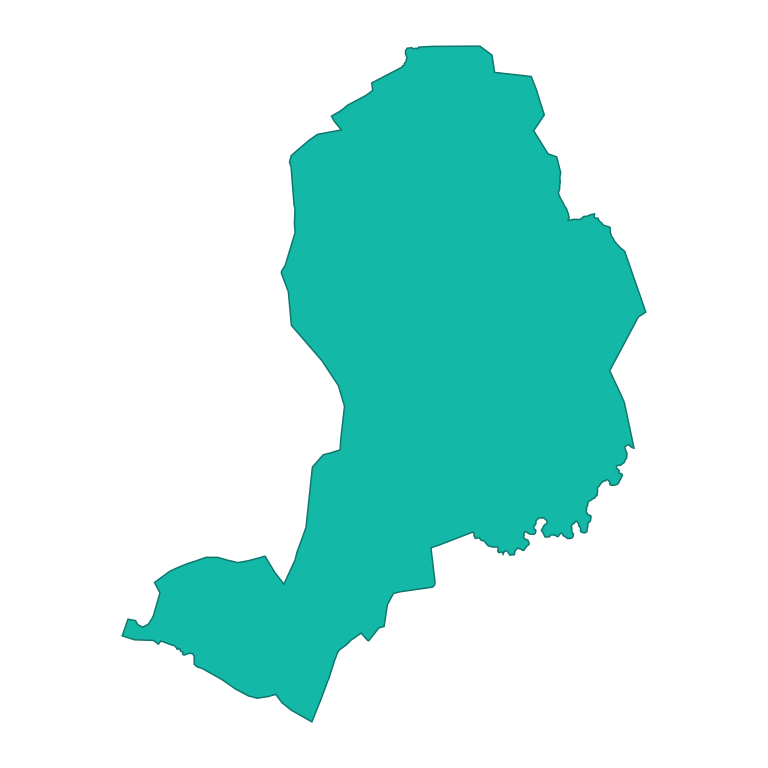 the district of Suru, Kebbi, Nigeria
{"feature_id": "59680162B61567493958965", "entity_name": "Suru", "entity_type": "district", "adm_level": 2, "iso_a3": "NGA", "parent_name": "Nigeria", "parent_adm1": "Kebbi", "projection": "robinson", "projection_center": [4.167, 11.787], "detail": "fine", "context": "isolated", "style": "filled", "palette": "teal", "viewbox_px": 768, "rotation_deg": 0, "n_neighbors": 0, "source": "geoboundaries", "source_scale": "gbopen_adm2", "svg_char_len": 6095}
<svg xmlns="http://www.w3.org/2000/svg" viewBox="0 0 768 768"><path d="M317.7,134.3L309.9,139.6L298.2,149.5L291.2,155.7L289.5,162.1L291.1,167.0L294.0,204.7L295.0,208.9L294.4,223.5L295.1,232.5L285.2,265.4L281.6,271.0L281.4,273.3L288.3,291.6L291.4,325.4L322.0,360.8L338.3,385.5L344.5,406.2L340.9,438.0L340.1,449.9L329.5,453.2L323.2,454.8L312.4,467.1L306.0,527.4L299.9,544.3L297.1,551.8L295.0,560.1L283.9,584.1L274.7,572.3L265.1,556.2L248.1,560.8L237.9,562.6L227.6,560.2L218.0,557.4L206.2,557.3L195.0,561.2L188.4,563.3L180.1,566.6L175.5,568.6L169.6,571.4L154.5,582.5L160.0,592.8L153.1,616.6L148.5,624.1L142.9,627.0L139.4,625.6L137.6,624.3L135.5,620.6L128.0,619.2L122.2,635.9L134.6,639.8L153.3,640.4L158.4,644.2L160.9,641.0L172.5,645.3L174.0,645.4L176.6,647.9L176.9,649.1L178.0,649.2L178.8,648.4L179.9,648.7L180.1,650.3L181.0,651.5L182.5,651.9L183.0,652.4L182.6,654.1L183.8,655.0L185.0,654.9L186.2,654.3L189.2,653.3L192.6,653.7L194.1,656.0L194.2,662.1L194.3,664.4L196.8,666.7L202.2,668.5L222.0,679.6L235.6,689.1L248.6,696.0L257.3,698.2L267.8,696.6L275.8,694.4L281.9,702.6L291.1,710.1L311.9,721.9L321.3,698.4L327.8,680.8L328.6,679.3L334.6,660.4L337.7,652.4L339.3,650.0L346.8,644.5L347.7,643.3L348.4,643.0L350.6,640.5L361.1,633.1L367.6,640.4L368.7,640.8L379.0,627.8L384.1,626.5L387.4,604.8L393.4,593.5L400.7,591.7L432.6,587.1L434.5,585.2L434.9,583.9L434.9,581.0L431.2,549.9L431.1,547.8L439.8,544.8L472.4,532.2L473.6,532.5L473.9,533.4L474.1,535.8L474.7,537.0L475.2,538.2L476.0,538.5L477.9,537.8L479.0,537.9L479.9,538.4L480.3,539.4L481.4,540.4L483.7,540.8L484.7,541.5L486.1,543.5L488.2,545.8L490.7,546.6L493.7,547.1L496.4,547.0L497.7,547.4L498.3,548.5L497.7,550.8L498.0,551.8L498.8,552.6L499.6,552.6L500.4,552.2L501.6,552.0L502.4,552.5L503.1,554.2L504.2,551.7L505.3,551.0L506.7,550.9L507.5,551.5L508.7,553.5L510.0,555.2L510.6,555.2L512.2,554.4L513.4,555.0L514.3,554.7L514.6,554.0L514.7,551.9L515.3,550.7L516.2,549.7L517.4,548.5L518.2,548.1L519.2,548.8L520.1,548.7L522.5,550.3L524.0,550.3L524.9,548.5L525.9,547.7L526.5,546.5L527.0,545.9L528.3,545.2L529.0,544.2L529.0,543.0L528.7,542.0L528.3,540.9L527.6,540.0L526.0,539.5L524.9,538.8L523.7,537.8L523.4,536.8L524.2,535.6L523.6,534.4L523.9,533.7L525.3,531.5L526.1,531.7L527.2,532.4L528.0,533.1L528.8,533.6L530.3,534.2L533.1,534.2L533.7,534.5L535.1,533.5L535.5,532.7L535.8,530.5L535.3,529.6L534.3,529.0L533.9,528.3L533.8,527.2L534.2,526.1L535.7,524.4L535.9,522.9L535.8,521.6L536.3,520.5L538.9,518.0L543.7,517.9L544.3,518.5L545.4,519.3L546.2,520.1L546.7,520.8L547.2,521.9L546.9,522.7L546.4,523.6L545.4,524.5L544.3,525.1L543.0,527.3L542.5,528.4L541.7,529.5L541.4,530.5L542.2,531.7L542.9,532.3L543.4,533.6L544.3,535.4L544.6,536.4L545.0,536.8L546.0,537.2L546.7,537.1L547.3,536.6L548.3,536.9L549.2,537.0L549.7,536.3L550.4,535.5L551.4,534.9L552.4,534.7L553.4,535.2L554.6,535.2L555.6,534.9L556.1,536.0L557.1,536.6L557.9,536.6L558.5,536.1L559.7,534.3L560.6,533.4L561.2,533.1L561.8,533.3L562.3,533.8L562.8,534.5L563.2,535.4L563.8,536.1L565.5,536.9L567.4,538.5L569.9,538.5L571.2,538.2L572.3,537.7L573.2,536.1L573.4,534.9L573.4,533.9L573.1,533.4L572.3,532.8L572.0,531.8L571.6,529.6L571.9,528.8L571.8,527.9L571.5,527.3L571.4,526.3L571.5,525.6L572.8,524.1L574.3,523.1L574.9,522.6L575.0,521.9L575.7,521.3L576.4,521.3L577.0,521.6L577.5,522.0L578.6,524.0L578.7,525.8L579.4,526.2L580.2,527.6L580.5,528.4L580.6,529.0L580.6,529.8L580.4,530.5L580.5,531.0L580.9,531.7L581.9,532.3L584.2,532.9L585.3,532.7L586.1,532.2L586.8,531.7L587.1,530.7L587.0,528.6L587.8,526.8L587.7,525.1L588.2,523.0L588.9,522.2L589.8,521.6L590.4,521.0L590.5,520.0L591.1,517.0L590.9,516.1L590.4,515.5L589.8,515.2L589.1,515.3L588.4,515.0L587.9,514.4L587.3,514.0L586.9,512.7L586.3,512.0L586.1,511.4L586.2,510.6L586.6,509.8L586.6,508.9L586.3,507.8L586.7,507.0L587.2,506.5L587.6,505.4L587.9,503.3L588.5,501.7L589.2,501.1L590.1,500.6L590.9,500.3L593.1,498.5L594.4,498.3L594.9,497.8L595.7,496.2L596.8,495.7L597.1,495.1L597.4,493.8L597.4,492.5L597.6,491.1L597.5,488.5L597.7,487.4L599.2,486.1L600.2,484.4L601.7,482.4L602.2,481.9L602.7,482.0L603.4,481.0L604.1,480.7L605.3,481.0L606.6,479.7L607.4,479.8L608.2,480.1L609.7,482.4L609.9,483.0L609.7,484.4L610.3,485.0L612.1,485.4L614.9,485.1L615.8,484.7L617.2,484.4L617.7,484.0L619.0,482.3L619.6,480.6L620.9,478.7L621.4,477.6L621.4,476.7L622.0,476.2L622.4,475.6L622.3,474.8L621.8,474.1L620.7,473.5L619.3,473.1L618.8,472.6L619.2,471.0L619.0,470.3L618.5,469.8L616.8,468.4L616.4,467.5L616.5,466.4L616.8,465.9L618.0,465.2L618.5,465.4L619.5,465.4L620.5,465.2L621.2,464.8L622.1,464.0L624.2,462.4L624.7,461.4L625.0,460.1L626.3,458.7L626.7,457.4L626.8,456.1L626.6,454.7L627.0,454.1L627.0,453.4L626.0,451.1L624.9,448.1L625.4,446.1L628.0,444.9L629.4,444.9L629.8,445.9L630.8,446.7L632.5,447.8L634.0,448.1L624.4,402.6L621.2,395.2L609.7,370.7L638.3,317.0L645.8,312.1L624.7,251.3L620.6,248.0L617.0,244.2L614.3,240.8L613.6,239.2L612.7,237.8L611.8,236.7L611.3,235.6L610.9,234.4L610.5,233.3L610.1,229.1L610.2,227.5L608.5,226.7L607.5,226.3L606.6,226.4L604.3,225.5L602.8,224.7L602.3,224.1L602.2,223.5L600.5,221.9L599.9,221.6L598.9,220.1L598.6,219.8L598.1,218.8L598.0,218.2L594.8,218.0L594.3,216.9L594.2,216.5L594.2,215.8L594.3,215.3L594.5,213.9L590.9,214.6L586.4,216.4L585.5,216.6L584.8,216.3L584.3,216.3L583.5,216.6L581.1,218.8L580.4,219.1L578.9,219.5L573.8,219.3L568.0,220.5L569.2,217.7L568.4,214.1L567.8,212.3L566.4,208.5L565.2,207.0L564.2,205.2L562.9,202.5L561.5,200.2L560.3,197.9L558.6,194.0L558.6,192.4L559.7,188.7L559.7,185.7L560.2,182.5L560.1,180.0L559.8,177.5L560.7,172.7L556.7,156.9L548.0,153.8L533.7,130.7L544.3,114.9L538.8,97.5L536.4,89.7L531.2,76.5L494.6,72.4L492.0,55.1L479.8,46.1L432.1,46.4L420.6,47.0L419.6,47.2L418.7,47.0L418.1,48.2L417.6,48.8L416.1,48.1L414.1,48.8L411.2,47.6L409.1,48.1L407.9,48.1L407.2,48.2L406.3,49.6L405.6,50.8L405.5,52.2L405.5,53.7L406.1,55.2L407.0,57.9L406.5,59.2L406.1,60.0L406.2,61.3L405.7,62.4L404.7,62.8L404.4,63.4L404.7,64.5L404.2,65.1L402.7,65.6L402.1,67.1L371.7,82.9L372.7,90.4L366.1,95.3L347.4,105.3L344.3,108.1L339.6,111.5L334.4,114.4L331.5,116.2L334.3,121.3L341.4,129.9L317.7,134.3Z" fill="#14b8a6" stroke="#0f766e" stroke-width="1.5"/></svg>